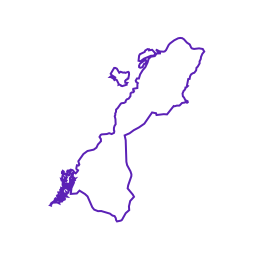 the district of Ha Long, Quảng Ninh, Vietnam, rotated 120°
{"feature_id": "81297802B5641238333098", "entity_name": "Ha Long", "entity_type": "district", "adm_level": 2, "iso_a3": "VNM", "parent_name": "Vietnam", "parent_adm1": "Quảng Ninh", "projection": "mercator", "projection_center": [107.104, 20.974], "detail": "fine", "context": "isolated", "style": "outline", "palette": "violet", "viewbox_px": 256, "rotation_deg": 120, "n_neighbors": 0, "source": "geoboundaries", "source_scale": "gbopen_adm2", "svg_char_len": 5997}
<svg xmlns="http://www.w3.org/2000/svg" viewBox="0 0 256 256"><g transform="rotate(120 128 128)"><path d="M214.4,90.8L211.8,87.9L210.6,87.3L202.9,87.4L198.5,85.9L195.4,88.0L190.1,89.6L184.6,88.4L183.3,90.5L180.5,98.1L177.5,99.2L168.1,101.0L166.4,101.9L164.3,104.2L160.6,110.2L158.1,112.5L139.7,123.9L136.1,127.2L131.8,124.0L127.0,121.9L122.2,118.9L116.1,116.0L102.5,114.9L101.2,111.1L102.5,109.8L98.1,103.9L96.7,101.0L86.1,99.4L85.9,98.5L84.2,96.9L82.8,94.6L79.3,93.7L77.7,91.7L76.8,91.3L76.6,89.5L75.8,89.1L75.0,89.8L75.2,92.3L73.6,94.7L73.1,96.3L70.9,98.0L67.9,98.4L67.1,98.0L65.3,98.0L64.2,98.5L63.5,97.7L61.7,97.2L61.7,98.2L55.5,100.3L54.7,99.2L52.2,100.1L50.2,100.2L48.4,99.4L47.0,98.2L44.1,97.8L41.6,98.8L40.0,98.3L36.2,98.3L34.6,99.3L31.8,99.5L30.0,100.3L26.5,100.7L23.7,100.2L22.2,102.8L23.5,106.3L26.5,110.3L27.1,112.3L26.8,113.5L24.8,116.3L24.6,119.7L23.2,123.9L23.1,126.0L23.9,127.8L25.2,129.4L28.9,131.8L33.8,133.9L35.8,134.3L41.5,134.0L43.3,134.5L44.1,135.3L45.6,138.4L47.4,137.6L49.1,140.4L52.4,140.8L54.8,143.8L57.8,144.7L61.6,143.8L66.7,143.4L70.7,144.2L75.5,144.3L79.7,143.3L80.6,145.0L83.1,145.0L83.9,144.2L84.2,141.9L84.9,142.0L88.7,139.9L91.4,143.0L92.5,142.6L93.0,141.2L94.3,141.2L95.4,142.6L96.7,143.1L99.3,141.8L102.3,142.1L103.7,143.3L105.2,143.6L106.8,143.1L108.4,144.1L109.5,145.7L110.5,146.4L116.0,146.9L118.0,147.5L120.0,146.5L121.9,146.3L123.0,145.5L124.4,145.4L126.6,143.3L130.9,140.6L133.0,140.7L135.0,140.2L137.1,139.0L137.5,138.3L139.2,137.7L141.4,139.1L141.9,141.7L143.8,143.3L146.7,147.6L147.6,148.2L150.0,148.2L151.1,146.0L153.0,144.8L157.3,145.8L160.8,145.5L163.9,146.9L168.2,151.6L172.8,153.6L181.6,154.4L184.0,151.9L185.2,152.0L185.8,153.6L188.8,152.6L189.6,151.7L189.6,150.1L190.7,150.0L193.4,150.6L193.2,152.2L195.1,152.8L196.3,152.2L197.1,152.9L197.4,152.6L198.1,153.1L199.2,152.9L200.4,153.3L201.7,152.5L200.8,151.2L202.0,150.6L202.2,149.6L200.3,148.9L199.7,149.2L199.5,150.3L198.5,151.3L197.8,151.1L198.3,149.0L199.2,149.1L198.4,148.4L199.5,148.6L199.8,147.9L201.6,148.6L202.3,147.5L208.4,146.9L213.7,144.6L210.3,139.6L206.5,138.7L206.7,132.3L207.5,128.8L214.5,119.3L215.6,116.5L215.0,112.4L213.3,109.7L211.2,100.9L211.6,97.7L211.0,95.6L212.2,93.5L213.6,92.4L214.4,90.8ZM94.6,153.9L91.2,150.8L90.6,151.3L89.3,151.2L90.1,153.0L88.7,154.0L87.3,153.8L85.9,152.8L85.4,153.1L84.8,152.5L81.0,153.9L79.4,155.0L79.3,155.9L81.6,157.9L81.7,158.9L82.5,159.9L83.0,162.5L84.5,163.2L82.2,167.3L82.3,169.0L82.9,170.0L89.7,170.1L90.4,168.5L90.6,164.4L91.5,164.4L91.7,168.6L92.8,169.0L92.5,168.4L92.5,165.2L93.3,163.7L92.1,162.9L92.1,161.7L94.5,158.1L95.3,157.8L94.7,157.3L94.6,155.3L94.9,155.0L94.6,153.9ZM59.9,148.8L53.9,144.2L52.4,141.7L50.6,141.6L49.5,142.1L48.2,146.2L50.2,148.6L49.3,149.1L49.9,150.5L52.3,151.8L53.8,151.6L58.2,154.6L59.9,154.5L64.5,152.5L63.9,150.5L59.9,148.8ZM214.5,147.8L213.8,147.3L212.3,148.0L211.2,147.5L211.6,148.6L211.3,149.7L208.9,149.8L208.8,152.1L207.7,152.2L206.7,153.5L207.6,154.0L208.5,154.0L208.4,153.3L209.0,153.4L209.9,152.2L209.3,150.9L210.7,150.5L211.0,151.6L212.2,152.7L211.7,153.3L211.9,154.3L212.5,154.4L213.2,153.5L214.5,153.1L213.0,154.7L213.2,156.0L214.0,155.6L213.4,154.9L213.7,154.3L215.6,153.5L214.9,155.1L215.0,155.7L215.4,155.8L216.6,154.8L216.8,153.8L218.0,152.8L217.8,152.1L218.4,152.2L218.5,153.0L218.9,152.9L219.4,152.2L219.7,150.5L220.8,150.7L221.1,151.9L223.0,150.8L222.4,150.3L221.5,150.5L220.3,148.7L218.6,149.5L218.1,150.5L216.5,150.9L217.0,149.9L216.4,149.5L216.6,148.2L216.2,147.9L215.3,148.1L214.3,149.3L214.5,147.8ZM64.6,146.1L63.6,145.2L61.5,145.3L61.0,145.5L60.1,146.9L66.3,149.8L68.7,149.5L69.8,148.7L69.7,147.5L68.1,145.9L64.6,146.1ZM204.9,159.9L205.2,157.3L205.7,155.8L204.8,154.9L204.1,154.9L204.0,156.6L202.4,158.2L202.3,156.3L201.4,156.2L199.1,158.3L198.9,159.0L199.7,159.3L199.8,159.9L199.0,160.6L199.3,161.2L199.0,161.6L199.6,162.4L198.7,163.0L199.1,163.2L200.3,162.5L200.4,160.5L202.0,160.9L204.9,159.9ZM194.6,153.4L194.1,152.8L193.0,152.5L192.2,154.8L192.7,156.8L194.0,157.4L194.6,158.3L194.9,157.8L194.2,156.0L195.0,156.2L195.8,155.6L196.2,153.5L195.8,152.9L194.6,153.4ZM225.7,153.1L225.6,151.6L224.2,154.0L224.9,154.5L225.5,154.0L225.8,155.0L224.3,155.5L226.2,155.8L227.2,155.3L228.5,155.6L228.6,155.1L227.9,155.0L228.4,153.9L228.8,154.7L229.3,154.3L228.6,153.2L227.3,153.8L226.8,153.1L225.7,153.1ZM198.7,155.6L198.2,155.3L196.1,155.9L195.1,158.0L195.3,159.0L196.1,159.0L198.3,157.2L198.7,155.6ZM205.3,148.0L203.9,147.8L202.2,148.6L202.1,149.1L203.2,149.9L202.1,151.1L202.2,151.9L203.2,151.4L203.7,150.3L205.1,149.0L205.3,148.0ZM223.8,153.1L223.0,152.3L223.4,151.7L222.4,152.3L221.9,153.6L221.2,152.9L222.1,152.1L221.4,151.9L220.6,152.7L221.2,153.8L220.5,154.0L220.3,154.5L221.2,154.7L221.5,155.5L222.3,155.6L222.8,154.7L222.4,153.8L222.9,153.2L223.8,153.1ZM210.7,153.9L209.7,154.2L209.3,156.1L207.4,155.6L207.0,156.6L205.8,157.5L207.2,157.6L209.9,156.3L211.1,154.9L210.7,153.9ZM206.8,149.5L207.2,148.6L206.5,148.3L205.6,149.1L205.7,149.3L206.4,148.9L206.6,150.1L205.9,151.5L206.3,152.0L207.4,151.8L206.9,150.3L207.7,149.7L207.6,149.4L206.8,149.5ZM225.3,150.5L224.7,149.9L225.1,149.1L224.5,148.3L223.2,148.7L223.1,149.3L223.8,149.4L224.3,150.2L224.0,151.6L224.6,152.3L224.8,151.1L225.3,150.5ZM210.5,148.7L209.4,147.5L209.0,148.2L208.3,148.2L208.2,149.1L210.0,149.4L210.5,148.7ZM46.1,143.0L46.9,140.6L45.8,138.7L46.1,143.0ZM218.2,149.1L218.7,148.3L217.9,146.4L217.4,148.9L218.2,149.1ZM222.7,147.9L221.6,147.1L221.3,147.7L220.6,147.6L220.5,148.6L221.3,148.3L221.8,148.6L222.7,147.9ZM231.4,156.8L231.4,156.3L230.2,155.5L230.1,156.3L231.4,156.8ZM205.5,160.5L206.7,159.2L206.6,158.7L205.4,160.0L205.5,160.5ZM218.6,156.1L219.0,155.6L218.2,154.6L218.1,155.4L218.6,156.1ZM198.1,163.1L198.4,162.5L197.8,162.2L197.7,163.1L198.1,163.1ZM227.8,151.1L227.7,149.8L227.2,150.3L227.8,151.1ZM205.0,150.3L204.2,150.2L204.4,150.8L205.0,150.3ZM233.8,156.8L233.7,156.2L233.3,156.6L233.8,156.8ZM232.8,156.5L232.5,156.1L232.1,156.2L232.4,156.5L232.8,156.5Z" fill="none" stroke="#5b21b6" stroke-width="2"/></g></svg>